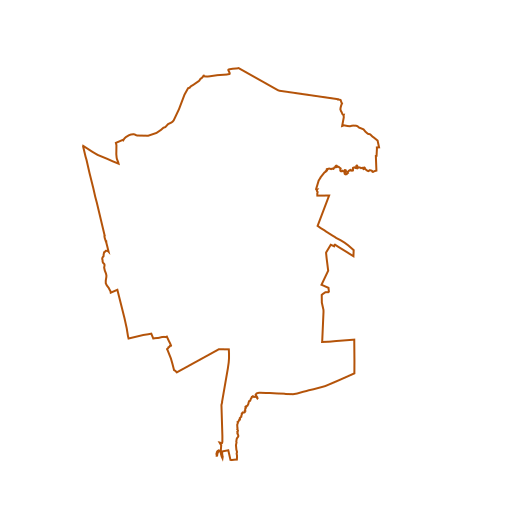 outline of Varvoru De Jos, Dolj, Romania, rotated 252°
{"feature_id": "2599482B75592269034356", "entity_name": "Varvoru De Jos", "entity_type": "district", "adm_level": 2, "iso_a3": "ROU", "parent_name": "Romania", "parent_adm1": "Dolj", "projection": "equal_earth", "projection_center": [23.577, 44.231], "detail": "fine", "context": "isolated", "style": "outline", "palette": "amber", "viewbox_px": 512, "rotation_deg": 252, "n_neighbors": 0, "source": "geoboundaries", "source_scale": "gbopen_adm2", "svg_char_len": 6019}
<svg xmlns="http://www.w3.org/2000/svg" viewBox="0 0 512 512"><g transform="rotate(252 256 256)"><path d="M146.1,323.6L149.4,309.9L150.5,305.4L151.7,299.8L153.8,292.3L155.2,292.9L181.9,302.9L183.9,303.5L191.3,304.2L198.7,306.5L199.3,308.0L200.1,310.8L199.9,311.6L199.2,313.6L199.6,314.3L203.3,315.1L208.4,309.4L219.7,320.1L232.2,322.5L237.3,323.6L237.7,323.8L243.6,330.6L241.1,333.3L242.4,334.3L242.4,334.6L238.8,337.5L231.2,344.0L229.2,345.6L225.7,348.6L231.4,350.7L237.6,347.0L241.4,344.3L245.0,341.2L248.4,337.8L249.8,336.8L251.7,335.1L257.6,330.2L259.3,329.0L262.7,326.0L264.0,325.1L265.6,323.9L290.9,344.2L294.5,333.0L296.3,333.5L297.8,334.4L298.6,334.1L299.7,334.1L300.0,334.3L300.3,334.7L300.4,334.1L301.0,333.8L308.5,339.0L310.4,341.4L310.7,341.5L314.3,346.9L314.5,348.0L315.0,348.3L315.2,348.7L315.0,349.2L315.2,349.4L315.5,350.0L316.3,349.9L316.7,350.1L316.8,350.6L316.5,351.4L316.6,352.5L316.3,353.1L315.4,354.3L315.6,355.6L314.9,356.4L314.9,356.6L316.0,357.9L315.7,359.6L315.7,359.8L316.1,360.0L316.9,359.6L317.1,359.9L317.1,360.4L316.9,360.7L315.8,361.0L315.5,361.3L315.5,361.8L315.2,362.2L314.1,362.8L313.2,363.5L312.8,363.5L312.0,362.8L311.3,362.6L310.7,362.7L310.4,362.9L310.1,363.6L310.4,364.5L309.4,365.3L309.3,365.8L309.3,366.1L310.3,366.9L310.2,367.3L309.9,367.8L309.6,367.9L308.8,367.7L308.4,367.3L307.6,366.0L307.4,365.8L306.6,365.8L306.0,366.3L305.8,367.5L306.2,367.8L306.6,369.1L307.4,368.9L307.7,369.2L308.2,370.4L308.4,370.6L308.2,371.8L308.8,372.2L308.8,372.5L308.6,372.7L307.5,373.5L307.4,374.6L307.9,374.9L309.4,375.2L309.8,375.4L309.9,375.7L309.9,377.0L309.1,377.6L308.4,378.9L310.3,379.0L310.8,379.4L310.9,379.9L310.7,380.1L309.8,380.1L309.1,379.7L308.5,380.0L308.3,380.4L308.5,381.3L308.4,381.5L307.7,382.6L307.1,383.0L307.0,384.5L306.8,384.7L305.4,385.1L305.4,385.3L305.5,385.6L306.7,386.0L306.7,386.4L306.3,386.7L305.2,386.6L304.9,386.8L303.1,387.9L302.0,389.0L302.0,389.5L302.5,390.5L302.0,391.6L301.2,392.6L300.1,392.8L299.8,393.2L300.1,394.8L300.0,396.9L314.1,400.9L314.0,401.6L320.5,404.1L321.9,404.5L321.3,406.6L328.2,407.3L332.5,404.5L333.5,403.7L336.2,402.3L336.8,401.7L337.3,400.6L337.9,400.0L340.4,398.5L343.2,397.4L345.6,394.6L346.0,393.9L348.1,392.6L349.0,391.4L350.0,388.7L350.3,387.1L350.3,386.2L350.4,385.4L351.2,383.5L353.5,379.3L353.0,378.8L353.0,378.1L360.7,382.3L362.7,382.8L363.0,383.0L363.0,382.7L364.1,382.1L366.9,381.8L367.5,381.6L369.5,381.6L371.1,382.4L373.1,383.7L374.6,385.0L375.1,384.7L377.6,384.7L378.3,384.6L379.0,383.4L379.5,382.3L379.8,382.4L405.9,329.4L406.9,328.1L440.1,297.5L440.2,296.2L441.3,291.7L441.8,288.3L441.8,287.6L441.7,287.3L441.3,287.1L438.2,287.5L437.5,287.3L437.3,287.1L437.3,286.8L437.7,283.9L439.9,275.2L441.3,267.0L441.7,265.2L442.7,262.6L443.0,262.3L443.7,262.1L443.7,261.8L443.0,261.1L441.9,259.1L441.8,258.2L441.2,257.3L440.4,256.4L440.1,255.8L438.0,248.7L437.6,246.7L437.0,245.6L436.8,245.0L436.5,244.8L436.6,243.3L431.6,237.9L419.4,228.1L410.4,219.6L409.5,218.1L409.1,216.8L408.6,213.1L406.6,209.6L406.6,207.6L405.3,204.6L403.8,199.4L403.7,190.6L407.3,180.2L408.2,179.0L409.0,178.3L409.7,177.1L410.2,174.4L410.1,172.4L409.3,169.0L408.5,167.3L407.1,165.5L407.6,165.3L406.9,157.7L404.5,157.5L396.0,154.6L392.4,153.8L391.1,153.7L387.9,153.9L386.3,153.8L390.4,148.9L394.4,144.5L401.1,136.6L405.5,132.7L414.1,125.7L413.6,125.4L409.3,125.1L403.3,124.6L399.7,124.5L386.5,123.3L370.6,122.2L361.9,121.4L356.0,121.1L322.6,118.4L322.1,118.4L321.9,118.0L321.4,117.9L319.9,117.7L316.4,117.7L316.3,118.1L315.8,118.0L315.8,117.8L310.8,117.5L305.7,117.1L306.3,116.8L306.6,116.5L307.1,115.5L307.4,114.7L306.7,113.8L306.5,112.7L304.2,111.4L303.0,111.0L302.7,110.7L302.4,110.0L301.4,109.1L300.5,108.8L299.5,108.8L298.1,108.4L297.5,108.4L296.9,108.4L295.3,109.2L294.3,109.2L293.4,108.8L291.9,108.0L288.8,107.7L285.7,107.9L283.7,107.7L282.3,107.2L279.0,105.5L276.5,104.7L274.2,105.0L271.0,106.1L269.4,106.3L267.6,106.7L266.0,106.5L266.7,113.7L237.4,111.7L227.2,110.7L219.5,109.5L216.9,109.3L215.7,124.5L214.9,129.1L214.5,132.4L209.3,132.8L209.0,134.8L208.2,138.0L208.0,141.4L207.5,143.5L206.8,145.1L206.9,146.3L202.6,146.8L199.5,147.3L197.0,147.5L196.9,147.4L197.0,147.0L197.1,146.3L196.3,145.5L196.3,144.6L195.6,144.1L195.3,143.3L195.0,142.7L194.7,142.6L194.1,142.8L184.9,143.4L179.2,143.2L172.8,142.8L171.7,143.8L169.8,144.7L178.8,191.9L175.6,201.3L171.6,200.2L167.0,198.7L163.1,197.1L157.6,194.4L127.7,178.6L127.2,178.5L125.0,177.1L95.2,168.4L89.7,166.6L88.6,165.9L88.5,165.7L89.0,164.6L89.8,163.9L89.9,163.7L86.7,164.4L82.3,162.6L81.4,162.5L81.6,161.6L82.6,160.6L82.2,160.1L82.5,159.5L82.4,159.2L81.6,158.2L80.8,157.8L80.0,157.2L78.7,157.1L78.2,156.9L78.1,157.2L78.3,157.4L80.0,158.2L81.3,159.4L81.5,160.2L81.5,160.6L80.6,162.1L80.1,162.2L78.9,161.5L75.7,161.4L74.0,161.6L75.4,162.3L76.7,162.4L79.2,162.9L80.4,163.6L80.5,164.1L79.8,169.6L70.0,168.7L69.5,169.7L68.9,172.8L68.3,174.9L70.3,175.7L72.3,176.3L74.0,176.5L75.5,177.4L78.0,177.5L82.3,178.5L84.8,179.9L85.6,179.9L87.8,181.0L88.5,181.5L89.6,183.1L90.3,183.6L91.6,183.7L92.8,183.4L93.3,183.9L94.5,183.8L94.9,184.5L95.6,184.9L96.1,184.9L97.0,184.6L98.0,185.3L99.0,185.3L100.1,185.7L101.2,185.9L102.9,187.2L103.8,187.2L104.0,188.2L104.9,188.9L105.5,189.5L105.3,190.0L105.8,190.4L106.8,190.5L107.0,190.8L107.7,192.4L108.5,192.6L110.0,193.8L110.4,193.7L110.7,193.9L110.8,194.5L111.3,195.0L110.8,196.1L110.9,197.0L112.1,197.4L112.1,198.0L112.7,198.0L114.1,198.6L114.3,199.1L115.8,199.3L115.9,199.5L115.3,199.7L115.3,199.8L115.8,200.5L116.2,200.6L116.3,201.6L117.8,203.1L118.8,203.6L120.1,204.6L120.1,205.7L121.8,207.0L122.0,207.2L122.2,207.7L123.3,208.5L123.4,209.4L123.6,209.7L123.3,210.1L122.9,210.0L122.6,210.5L122.0,212.7L121.6,212.9L120.1,213.3L120.2,213.5L121.4,213.5L123.8,212.8L124.2,212.8L125.1,214.1L125.1,215.8L124.8,217.3L122.9,222.4L121.4,226.9L118.7,233.7L116.4,240.1L115.5,241.8L113.1,248.6L112.5,252.5L112.3,258.9L112.0,262.3L112.0,264.6L111.5,269.4L111.0,279.0L110.9,281.7L112.2,296.3L114.0,313.3L125.5,317.1L146.1,323.6Z" fill="none" stroke="#b45309" stroke-width="2"/></g></svg>